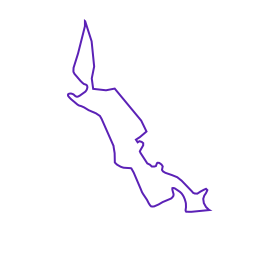 an SVG outline of Quneitra, rotated 147°
{"feature_id": "SYR-145", "entity_name": "Quneitra", "entity_type": "Province", "adm_level": 1, "iso_a3": "SYR", "parent_name": "Syria", "parent_adm1": "", "projection": "albers", "projection_center": [35.916, 33.079], "detail": "fine", "context": "isolated", "style": "outline", "palette": "violet", "viewbox_px": 256, "rotation_deg": 147, "n_neighbors": 0, "source": "natural_earth", "source_scale": "10m", "svg_char_len": 1906}
<svg xmlns="http://www.w3.org/2000/svg" viewBox="0 0 256 256"><g transform="rotate(147 128 128)"><path d="M105.9,241.1L105.8,240.8L111.3,220.5L122.9,198.0L131.4,189.3L135.9,179.8L125.9,171.6L117.7,168.3L112.9,127.0L114.4,115.0L122.9,113.9L127.7,113.9L127.7,110.7L125.6,110.7L124.1,108.9L123.5,107.0L124.7,105.2L126.8,104.1L129.0,103.0L130.8,102.0L131.1,100.2L131.1,95.4L131.1,87.8L129.6,85.3L129.0,82.7L126.8,81.3L125.3,80.9L122.9,82.7L122.0,82.7L120.8,81.7L119.8,79.1L119.8,76.9L122.3,74.4L122.3,72.6L121.1,70.1L116.8,64.6L113.5,59.9L111.7,54.5L108.9,40.0L108.7,38.2L107.7,36.7L105.6,35.2L101.7,35.2L98.1,34.9L95.7,34.5L95.3,32.7L96.3,32.0L98.1,30.9L100.8,29.8L103.5,27.6L105.3,23.7L105.6,19.3L104.7,15.3L104.5,14.9L120.7,23.3L124.8,26.1L124.8,26.9L124.5,27.7L122.5,30.0L120.9,32.6L120.5,33.3L120.0,34.6L119.2,37.3L118.7,40.0L118.6,42.0L118.7,44.0L118.9,44.9L119.3,46.4L121.7,52.0L122.8,53.1L123.5,53.4L124.0,52.8L124.4,52.1L124.9,50.6L125.5,48.7L125.7,48.0L126.0,47.4L126.5,46.8L127.0,46.3L128.5,45.7L129.4,45.5L130.4,45.4L139.3,47.0L143.9,47.2L148.8,48.0L150.4,48.9L151.3,49.7L151.5,50.6L151.6,51.5L151.6,53.6L151.2,57.4L151.3,64.5L151.2,66.6L150.6,69.7L147.5,87.5L147.2,92.3L147.7,92.9L153.2,97.0L154.1,98.0L155.3,99.6L157.1,103.1L157.6,105.0L157.8,106.3L152.9,114.2L150.3,120.1L149.9,120.8L145.2,149.9L145.0,153.4L146.9,157.8L151.4,164.5L151.5,164.8L153.6,169.2L155.3,171.8L156.8,173.5L157.6,175.1L160.1,183.3L160.6,185.9L160.7,187.7L160.3,188.5L159.8,188.9L159.1,188.9L158.4,188.7L157.8,188.4L157.1,188.0L156.5,187.4L156.1,186.8L155.6,186.2L155.3,185.5L154.9,183.8L154.6,183.1L154.2,182.4L153.6,181.9L152.8,181.6L150.9,181.4L144.0,181.7L142.8,182.1L141.6,182.7L140.0,184.1L139.4,185.3L139.3,186.3L139.6,187.1L140.0,187.7L141.0,188.9L141.6,190.7L142.2,193.4L143.4,202.5L143.2,204.6L142.9,205.3L140.9,208.1L129.3,217.7L108.7,236.8L105.9,241.1Z" fill="none" stroke="#5b21b6" stroke-width="2"/></g></svg>